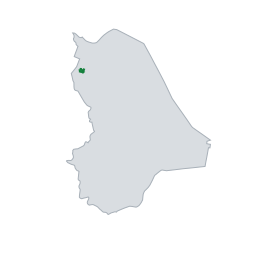 Qalat Saleh, Maysan, Iraq shown in context, rotated 201°
{"feature_id": "34846034B15043886970359", "entity_name": "Qalat Saleh", "entity_type": "district", "adm_level": 2, "iso_a3": "IRQ", "parent_name": "Iraq", "parent_adm1": "Maysan", "projection": "orthographic", "projection_center": [47.323, 31.48], "detail": "fine", "context": "in_parent", "style": "filled", "palette": "green", "viewbox_px": 256, "rotation_deg": 201, "n_neighbors": 0, "source": "geoboundaries", "source_scale": "gbopen_adm2", "svg_char_len": 3716}
<svg xmlns="http://www.w3.org/2000/svg" viewBox="0 0 256 256"><g transform="rotate(201 128 128)"><path d="M108.6,45.4L110.2,45.1L113.3,42.7L115.2,40.4L115.7,40.2L117.3,41.1L118.4,41.3L121.0,40.6L122.5,41.1L123.8,41.7L124.5,41.8L128.0,43.4L128.8,43.6L130.6,43.8L133.3,44.0L135.0,43.1L136.3,42.2L137.2,42.2L138.0,42.5L138.7,42.9L139.2,43.6L139.5,44.6L139.3,47.8L139.5,48.6L139.9,49.2L140.5,49.3L141.3,48.7L142.6,47.7L144.2,46.7L145.4,45.7L146.1,45.3L147.1,45.4L148.2,45.6L148.7,46.1L148.7,46.3L149.2,47.8L150.5,53.3L151.2,54.0L152.1,54.6L152.7,55.5L153.0,56.3L152.9,57.6L152.9,59.1L153.2,60.2L153.7,61.1L154.2,61.5L154.9,61.6L155.8,61.8L156.3,62.7L158.0,69.0L158.2,69.9L159.0,70.1L160.3,70.0L161.6,70.7L163.0,71.7L164.3,73.7L165.2,74.0L168.0,73.8L171.8,74.1L173.6,75.1L173.4,75.7L172.0,76.4L169.6,77.2L168.8,78.5L168.4,80.3L168.5,81.3L169.1,82.4L170.8,84.5L170.8,85.3L171.1,86.4L171.5,87.2L171.1,88.6L169.5,89.6L167.4,90.6L163.2,95.4L162.8,96.4L162.8,99.3L162.4,100.1L161.1,100.1L160.0,99.9L159.9,100.9L159.3,102.2L158.9,103.4L160.4,106.1L160.6,107.6L160.3,108.9L158.9,111.1L158.0,112.7L158.2,113.0L159.3,113.6L162.7,118.7L163.8,120.5L165.3,120.0L165.8,120.1L166.3,120.3L166.5,120.9L166.5,121.7L166.1,122.8L168.0,123.3L168.7,124.4L170.8,128.4L170.7,129.5L169.7,131.4L169.6,132.6L169.8,133.7L170.2,134.1L173.4,134.3L174.8,134.7L178.2,136.7L182.1,139.8L185.2,142.3L187.9,144.5L190.8,144.3L191.6,144.7L192.3,145.4L193.2,147.1L194.8,151.1L196.3,152.4L198.4,155.6L200.5,158.6L199.2,162.6L197.9,166.8L197.9,172.3L197.9,175.2L200.7,175.3L203.8,175.4L203.9,178.9L203.9,182.4L204.0,186.4L204.9,186.6L206.4,187.4L207.0,188.7L207.8,189.4L208.8,189.5L209.7,190.1L210.7,191.3L211.0,192.2L210.8,192.8L211.0,193.8L211.7,195.3L212.5,196.0L213.7,196.9L212.0,197.4L210.2,197.0L206.3,195.3L205.1,195.3L203.5,195.9L203.4,196.5L199.3,194.6L197.8,194.2L197.3,194.2L195.0,194.2L191.6,194.5L189.7,195.3L188.3,196.2L187.7,197.0L187.5,197.5L186.4,199.9L185.2,203.1L183.9,205.9L181.4,209.9L180.0,211.7L177.0,215.1L173.8,215.8L166.3,215.0L158.1,214.1L149.9,213.2L143.8,212.5L143.3,212.3L137.4,207.3L132.7,203.3L127.0,198.3L121.1,193.2L115.2,188.0L110.9,184.2L105.7,179.3L101.0,174.8L97.3,171.3L92.6,168.1L88.9,165.6L83.5,162.0L79.2,159.1L75.5,156.6L69.9,152.7L68.0,151.6L62.1,150.1L56.4,148.7L50.6,147.2L46.7,146.2L49.5,143.9L48.9,141.6L47.0,141.9L45.2,142.3L44.4,138.8L45.8,138.4L44.9,133.8L44.0,129.0L43.2,124.4L42.3,119.7L47.4,117.1L51.3,115.1L56.6,112.4L61.8,109.8L66.7,107.2L72.0,104.4L76.8,101.9L81.1,101.0L82.1,100.2L84.3,96.5L86.1,93.3L86.2,92.5L86.5,87.9L87.1,82.5L87.9,79.6L89.0,77.1L89.9,75.2L90.1,73.5L90.1,71.7L89.4,68.9L88.6,66.1L88.9,63.4L89.2,61.9L89.9,59.7L91.0,58.0L92.1,57.0L96.1,56.2L98.4,55.6L101.7,52.8L103.6,51.1L106.4,48.4L108.4,46.4L108.5,45.7L108.6,45.4Z" fill="#d9dde1" stroke="#a8b0b8" stroke-width="1"/><path d="M190.1,163.3L189.8,163.4L189.8,163.8L189.6,164.0L189.4,164.3L189.6,164.3L189.6,164.5L189.5,164.8L189.6,165.1L189.7,165.3L189.7,165.9L189.8,166.3L189.8,166.8L189.8,167.1L190.1,167.1L190.6,167.1L190.7,166.8L190.7,166.6L190.9,166.4L191.0,166.2L191.0,165.9L190.9,165.7L190.7,165.6L190.6,165.4L190.4,165.3L190.5,165.3L190.5,165.2L190.8,165.0L191.0,164.9L191.3,165.0L191.5,165.2L191.9,165.4L192.2,165.6L192.3,165.7L192.4,165.8L192.6,166.1L192.7,166.3L192.8,166.3L192.9,166.6L193.0,166.6L193.4,166.4L193.7,166.3L193.7,166.0L193.5,165.4L193.5,165.1L193.5,164.9L193.4,164.6L193.6,164.5L193.8,164.5L194.0,164.5L193.8,164.1L193.7,164.1L193.4,164.1L193.4,163.8L193.3,163.5L193.3,163.2L193.2,163.2L192.8,163.2L192.5,163.2L192.3,163.4L192.1,163.5L191.9,163.6L191.6,163.4L191.3,163.7L191.1,163.9L190.9,164.1L190.7,163.8L190.5,163.5L190.4,163.4L190.1,163.3Z" fill="#22c55e" stroke="#15803d" stroke-width="1.5"/></g></svg>